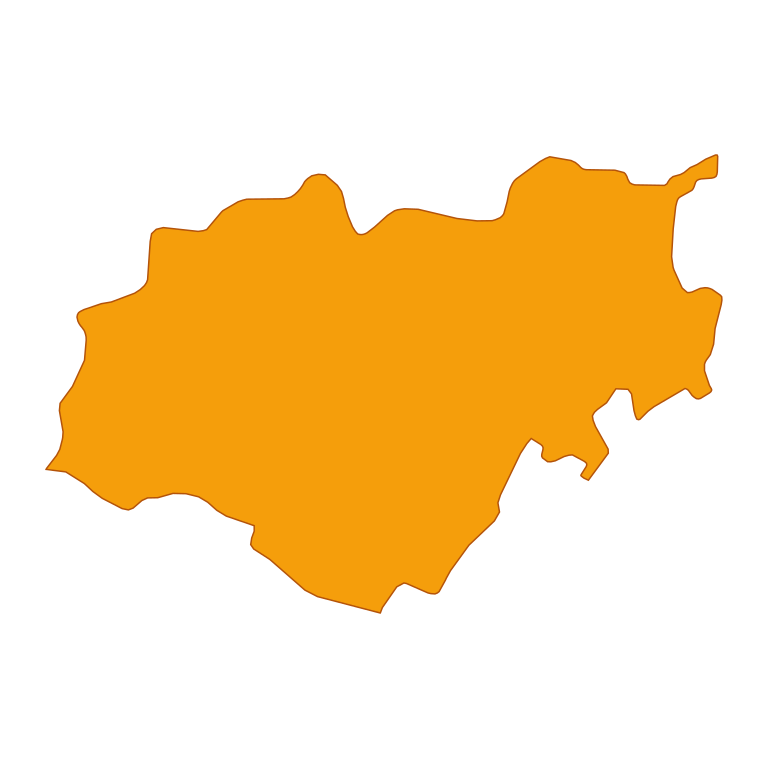 outline of Kabardin-Balkar
{"feature_id": "RUS-2304", "entity_name": "Kabardin-Balkar", "entity_type": "Republic", "adm_level": 1, "iso_a3": "RUS", "parent_name": "Russia", "parent_adm1": "", "projection": "natural_earth1", "projection_center": [43.605, 43.443], "detail": "fine", "context": "isolated", "style": "filled", "palette": "amber", "viewbox_px": 768, "rotation_deg": 0, "n_neighbors": 0, "source": "natural_earth", "source_scale": "10m", "svg_char_len": 3284}
<svg xmlns="http://www.w3.org/2000/svg" viewBox="0 0 768 768"><path d="M128.4,509.9L122.1,508.6L102.2,498.3L92.9,491.5L84.3,483.5L65.8,471.9L46.1,469.4L46.5,468.5L56.6,455.4L59.8,449.4L62.3,439.7L62.7,437.5L63.1,431.8L59.4,410.6L60.1,403.3L72.5,386.4L84.5,360.3L86.2,340.2L86.1,336.9L85.6,334.6L85.0,332.5L84.2,330.5L81.8,327.2L80.5,325.7L79.1,323.6L77.9,321.1L77.0,317.1L77.5,314.6L78.6,312.7L80.2,311.5L83.9,309.6L101.3,303.7L111.3,302.0L134.7,293.2L140.2,289.6L144.5,285.6L146.5,282.6L147.6,279.7L150.2,241.5L151.6,233.7L156.3,229.3L163.3,227.6L198.1,231.4L203.2,230.7L206.7,229.6L221.5,212.0L223.0,210.6L238.1,201.8L242.8,200.2L246.8,199.2L284.0,198.8L288.1,198.0L291.1,197.0L294.6,194.6L297.6,191.8L300.4,188.6L302.8,185.1L304.6,181.8L305.7,180.5L307.7,178.6L311.8,175.8L318.4,174.3L325.3,174.9L337.3,185.3L341.5,191.5L343.5,198.4L345.3,207.3L348.2,216.5L352.5,226.8L355.3,231.3L357.7,234.0L359.8,234.5L361.3,234.6L363.2,234.4L365.1,233.8L367.1,232.8L374.5,227.1L387.5,215.4L394.5,210.8L397.5,209.8L404.3,208.8L418.2,209.3L457.0,218.5L477.1,220.9L492.1,220.7L495.3,219.8L500.2,217.7L502.1,216.0L503.5,214.3L504.0,213.1L507.1,201.9L509.2,191.5L510.3,188.1L512.6,183.3L514.4,180.7L516.4,178.8L539.8,161.7L545.5,158.5L549.8,156.8L571.0,160.5L575.3,162.5L578.5,165.1L580.6,167.3L581.8,168.3L583.6,169.2L586.1,169.7L614.9,170.2L624.0,172.6L625.4,173.9L626.9,176.5L627.8,179.2L629.7,182.7L632.1,184.1L634.8,184.9L664.5,185.4L666.9,183.9L668.2,181.6L670.0,179.0L673.0,176.6L680.5,174.5L684.1,172.6L690.2,167.6L697.0,164.6L705.7,159.2L715.5,155.0L717.1,155.0L717.7,156.3L717.3,171.9L716.9,174.4L716.0,176.4L714.2,177.5L711.8,178.1L701.2,178.9L698.8,179.5L696.9,180.5L695.6,182.2L694.1,186.7L693.2,188.7L691.9,190.3L680.6,196.6L678.9,197.8L677.7,199.5L676.9,201.7L675.7,206.5L673.2,228.9L671.6,256.7L673.1,267.3L674.0,270.1L682.1,288.0L687.4,292.6L689.8,292.5L692.1,292.0L700.2,288.4L705.0,287.7L707.7,287.9L710.1,288.6L712.2,289.5L720.5,295.3L721.7,296.8L721.9,300.1L721.2,304.6L715.1,328.5L713.6,344.2L710.3,354.6L706.2,360.3L705.2,362.2L704.5,364.3L704.5,370.8L709.4,385.4L711.3,388.7L711.7,390.0L711.0,391.6L709.5,392.9L700.5,398.4L698.4,398.9L696.3,398.6L693.9,397.0L692.1,395.4L688.4,390.3L686.8,389.1L685.0,388.5L654.1,406.6L648.0,411.2L639.9,419.3L638.5,419.7L636.8,419.1L635.4,415.8L634.0,410.6L631.5,393.9L628.0,389.3L615.9,388.8L606.5,402.8L597.5,409.4L594.5,412.2L593.4,414.0L592.4,415.9L593.1,420.3L595.5,426.6L608.1,449.1L608.3,453.2L588.4,480.2L583.9,478.1L581.3,476.1L580.9,475.5L581.1,474.7L586.2,466.6L586.8,464.9L586.5,463.3L585.3,462.1L583.9,461.1L572.4,454.9L568.9,455.2L564.2,456.5L555.3,460.8L550.8,461.8L547.6,461.7L542.5,457.9L541.7,456.2L541.8,454.2L542.9,449.8L543.1,447.7L542.3,445.9L540.8,444.5L531.2,438.5L526.9,443.5L520.4,453.5L500.5,494.8L497.9,502.8L499.5,512.0L494.4,520.9L468.9,545.2L450.5,570.6L446.3,578.2L445.4,580.2L439.1,591.6L437.3,593.0L435.0,593.9L430.8,593.6L427.9,592.9L406.5,583.5L403.9,583.0L396.8,586.8L382.4,607.5L380.3,613.0L380.2,613.0L317.5,596.6L311.3,593.4L304.9,590.1L269.8,559.4L253.7,549.0L250.7,544.6L251.7,538.0L254.2,531.2L254.2,525.7L226.3,516.1L216.8,510.3L207.7,502.2L198.6,496.8L186.0,493.7L173.0,493.4L157.8,497.7L147.6,497.9L141.9,500.5L133.1,508.1L128.4,509.9Z" fill="#f59e0b" stroke="#b45309" stroke-width="1.5"/></svg>